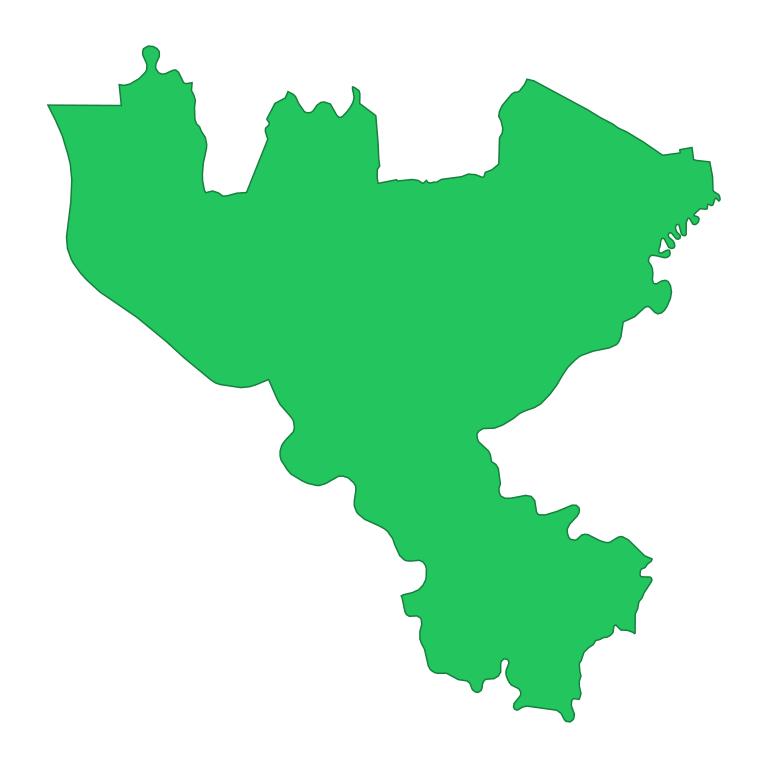 Go Quao, Kiên Giang, Vietnam (Robinson projection)
{"feature_id": "81297802B76509043653809", "entity_name": "Go Quao", "entity_type": "district", "adm_level": 2, "iso_a3": "VNM", "parent_name": "Vietnam", "parent_adm1": "Kiên Giang", "projection": "robinson", "projection_center": [105.33, 9.72], "detail": "fine", "context": "isolated", "style": "filled", "palette": "green", "viewbox_px": 768, "rotation_deg": 0, "n_neighbors": 0, "source": "geoboundaries", "source_scale": "gbopen_adm2", "svg_char_len": 6070}
<svg xmlns="http://www.w3.org/2000/svg" viewBox="0 0 768 768"><path d="M71.3,259.4L73.3,263.1L80.6,273.2L86.2,279.4L99.9,292.0L136.9,317.3L166.2,341.4L184.1,357.8L211.5,380.4L215.9,383.1L220.1,384.5L240.9,387.6L249.6,386.7L255.4,385.0L268.6,379.5L276.8,398.3L280.0,404.4L289.9,415.7L292.7,419.4L293.7,422.1L294.4,427.9L293.3,431.9L286.3,439.2L283.0,443.4L281.7,445.6L280.1,451.0L280.1,456.0L281.1,460.1L287.5,470.1L291.2,474.2L302.4,481.0L307.8,483.4L316.9,485.5L319.2,485.5L325.6,483.6L338.6,476.2L342.6,476.1L348.1,477.7L353.8,482.9L355.6,486.0L355.9,490.2L354.3,500.9L354.3,506.0L356.6,511.9L358.1,513.9L364.8,519.4L378.6,525.6L384.3,528.7L387.5,531.3L392.8,538.8L394.6,544.3L399.7,555.6L403.3,559.0L405.3,560.5L409.9,561.1L419.3,560.3L423.0,562.0L425.1,564.8L426.4,568.1L426.2,577.0L425.8,579.6L423.2,584.9L418.7,589.8L412.1,592.7L403.1,594.8L401.2,596.0L402.0,597.4L405.0,611.8L406.4,614.5L409.3,616.3L416.9,615.9L420.1,617.7L421.2,619.3L421.8,624.3L419.9,631.5L419.9,638.9L421.4,643.3L424.5,649.2L428.3,665.9L430.3,669.5L432.4,671.3L435.2,672.8L437.8,673.3L446.4,673.2L458.3,679.6L467.0,680.9L469.9,683.2L472.0,688.9L473.0,690.2L475.7,692.1L478.0,692.5L481.2,690.4L482.1,687.7L482.6,683.6L484.3,680.2L486.6,679.2L493.9,678.7L498.4,676.0L500.7,672.1L500.7,663.7L501.2,661.5L503.8,658.9L507.1,659.2L508.4,660.5L508.9,663.1L506.5,669.2L505.9,672.2L506.2,675.4L507.4,678.8L509.2,682.4L511.3,685.0L518.7,688.7L520.6,691.7L520.8,694.0L520.0,696.1L514.1,703.4L513.5,706.9L514.5,709.0L516.2,710.0L517.8,710.0L522.6,707.1L526.9,706.1L556.6,710.2L561.0,713.3L564.4,719.7L565.9,721.3L570.1,721.9L572.6,720.2L573.7,718.7L574.4,714.1L571.3,705.6L571.7,700.6L572.9,699.1L574.2,698.7L579.2,699.4L581.0,693.8L579.3,685.9L579.3,681.1L581.0,675.9L579.9,671.8L579.3,664.8L579.6,662.8L581.2,660.7L583.9,652.4L588.8,647.5L593.2,644.7L595.6,640.6L599.9,639.5L603.0,637.7L606.9,637.2L609.6,635.9L612.3,633.5L613.2,631.8L613.8,626.5L615.2,625.0L616.3,625.4L620.8,630.0L627.6,630.4L632.4,632.1L634.6,633.6L635.1,633.2L635.2,614.1L637.7,608.6L638.6,603.2L639.4,601.1L642.0,598.0L644.1,592.8L651.3,581.8L652.0,579.9L651.4,578.0L649.9,577.0L642.8,576.9L640.7,576.3L640.0,575.0L640.4,570.8L641.2,569.2L645.2,567.5L647.3,564.3L651.4,561.1L652.1,559.0L644.5,555.7L628.4,539.9L622.4,536.7L620.2,536.6L617.6,537.5L610.1,542.2L607.9,542.6L605.3,542.4L599.9,540.7L587.9,534.6L584.9,534.3L581.9,534.9L576.7,539.6L575.2,540.2L570.4,539.3L568.9,537.5L568.0,535.3L567.2,532.1L567.2,529.2L569.5,524.4L576.9,516.3L579.1,512.6L579.4,509.8L578.9,507.7L576.3,505.3L572.3,505.1L557.0,511.4L545.4,514.9L539.4,514.9L537.5,513.8L536.5,511.8L534.7,500.5L531.1,496.4L525.6,495.4L511.0,498.2L504.9,498.2L501.1,496.3L499.9,494.4L499.1,491.6L499.0,488.1L500.4,484.0L498.3,468.4L495.8,464.4L491.5,461.6L490.3,454.6L488.6,451.1L478.7,441.8L477.3,438.4L476.9,434.2L478.8,431.2L483.0,428.6L494.6,428.1L502.7,425.0L513.4,418.5L519.4,413.6L524.1,411.2L534.6,407.5L540.8,403.8L550.0,394.2L556.9,384.9L561.9,376.2L567.8,367.3L575.2,359.9L579.4,356.5L582.0,355.2L593.0,351.2L609.5,347.8L616.5,344.6L618.7,342.0L620.9,337.0L623.2,322.0L634.7,316.7L644.9,307.3L647.7,306.4L649.8,307.2L654.7,312.3L657.9,313.9L661.8,312.7L664.6,310.1L667.1,306.2L670.3,298.8L671.5,292.2L670.5,285.7L668.2,281.6L665.5,280.3L661.6,281.0L656.7,283.8L654.2,283.6L653.3,282.8L652.4,279.8L652.9,273.5L652.3,268.7L651.3,265.9L648.4,261.4L649.0,257.8L650.2,256.1L652.1,255.3L656.2,255.7L664.3,257.7L667.0,257.4L668.5,256.5L669.8,255.1L670.1,253.1L669.8,251.1L669.0,250.0L666.3,250.4L661.8,252.9L660.1,253.1L659.0,252.2L658.8,249.8L660.1,246.1L660.8,240.7L661.8,238.6L662.9,238.3L664.3,238.9L668.7,247.3L671.3,248.5L673.7,248.0L674.7,246.6L674.5,243.4L672.7,240.5L668.8,237.2L668.2,234.8L669.3,232.9L671.3,232.9L676.2,238.8L678.1,239.3L680.0,238.2L680.4,235.7L676.6,231.7L675.5,228.3L675.5,227.0L676.5,224.9L678.1,224.3L678.9,224.8L681.4,233.9L682.9,235.4L685.0,235.8L686.1,234.6L686.2,233.6L686.2,222.5L687.9,218.3L689.3,218.2L692.9,224.2L695.0,224.6L696.2,224.1L698.4,222.1L699.1,218.8L697.9,216.8L694.0,215.7L694.2,214.4L695.7,212.7L700.1,208.7L706.0,209.2L707.2,208.7L707.7,204.5L708.9,204.4L711.2,205.6L712.5,205.2L713.1,204.7L714.7,199.3L716.0,198.1L718.9,201.0L720.1,199.7L719.7,196.6L718.6,194.6L713.9,191.6L713.0,190.3L712.6,177.0L709.8,161.9L696.2,160.4L693.6,159.5L692.0,147.5L679.8,149.7L680.2,152.9L662.7,155.3L643.6,142.2L627.0,132.1L618.0,127.9L612.5,123.9L599.5,117.1L587.3,109.6L533.8,80.8L527.0,79.2L524.6,84.5L519.6,90.9L517.8,92.1L514.6,92.3L511.6,94.2L502.1,105.7L499.4,111.5L498.7,116.3L501.1,121.0L502.8,128.4L502.2,133.1L499.5,137.8L498.8,164.1L491.8,169.9L485.3,172.3L483.9,177.0L482.0,177.2L475.6,174.7L468.2,174.1L461.6,176.7L441.4,179.4L436.2,182.4L434.0,182.0L430.5,183.1L428.0,182.5L426.5,180.4L423.4,183.1L422.6,183.2L417.9,180.3L412.0,179.5L397.5,181.0L396.5,179.7L378.1,183.4L377.2,177.9L377.3,169.4L379.7,166.0L378.8,159.5L378.0,142.0L375.8,115.6L359.7,103.5L359.9,93.7L358.9,90.6L354.3,87.4L352.6,86.9L352.5,89.0L354.0,96.2L353.9,99.1L352.8,102.6L350.2,107.5L346.9,111.8L342.7,116.3L340.8,117.4L338.7,117.1L336.9,115.5L330.4,104.0L324.3,102.0L321.1,102.3L317.2,105.0L312.9,111.1L310.8,112.5L307.0,112.8L304.4,111.7L298.8,103.7L295.6,96.7L293.4,94.4L288.0,91.6L285.3,97.9L275.0,103.4L266.9,118.8L266.9,119.5L269.3,122.8L269.0,124.9L265.7,128.1L265.4,129.2L265.4,131.7L267.8,139.2L246.5,192.5L236.7,193.2L226.9,195.9L222.9,196.1L218.4,192.9L212.6,191.0L205.7,192.7L204.3,189.8L202.6,180.8L202.4,174.2L203.3,163.1L206.5,148.3L206.7,144.4L205.3,137.4L201.4,131.4L199.6,126.9L196.5,123.8L194.9,119.2L194.5,107.3L195.4,100.3L193.6,94.5L191.5,90.6L192.1,82.7L185.9,83.7L183.7,82.8L178.6,72.3L175.7,69.9L172.6,70.4L164.9,73.9L162.1,74.1L158.6,72.8L155.7,68.4L155.7,66.1L156.1,63.5L159.3,56.6L159.3,51.6L156.9,48.5L153.2,46.5L148.2,46.1L143.5,48.7L142.7,51.4L142.7,54.8L146.9,64.4L146.7,69.6L145.2,72.5L139.3,78.5L130.2,83.9L124.1,85.4L119.2,84.6L121.3,105.5L47.9,105.1L55.6,120.4L62.4,136.0L68.0,154.7L70.3,164.2L71.8,179.9L70.8,202.2L66.5,237.1L67.5,248.8L71.3,259.4Z" fill="#22c55e" stroke="#15803d" stroke-width="1.5"/></svg>